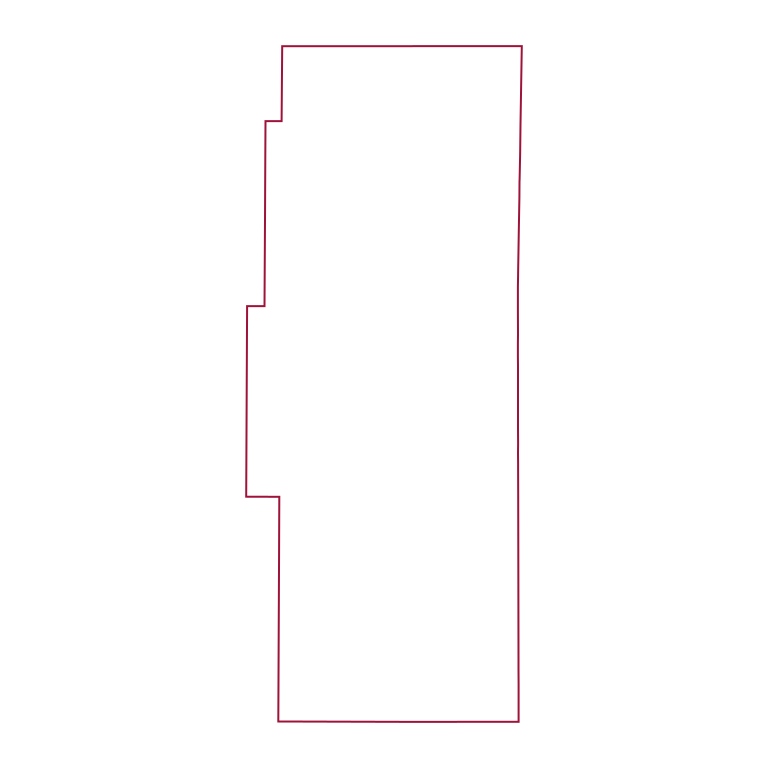 the district of Lea, New Mexico, United States of America
{"feature_id": "52423323B76999377614602", "entity_name": "Lea", "entity_type": "district", "adm_level": 2, "iso_a3": "USA", "parent_name": "United States of America", "parent_adm1": "New Mexico", "projection": "albers", "projection_center": [-103.223, 32.785], "detail": "fine", "context": "isolated", "style": "outline", "palette": "rose", "viewbox_px": 768, "rotation_deg": 0, "n_neighbors": 0, "source": "geoboundaries", "source_scale": "gbopen_adm2", "svg_char_len": 843}
<svg xmlns="http://www.w3.org/2000/svg" viewBox="0 0 768 768"><path d="M521.8,46.1L357.7,46.2L282.2,46.2L281.6,121.1L265.5,121.1L265.3,156.9L265.0,221.3L264.5,306.1L260.0,306.1L247.1,306.1L246.2,496.7L279.3,496.8L279.0,569.8L278.3,721.5L422.9,721.9L440.4,721.9L443.4,721.9L444.4,721.9L463.4,721.8L509.7,721.8L510.8,721.8L518.6,721.8L518.6,684.6L518.5,669.1L518.5,659.6L518.2,497.3L518.1,469.0L518.1,463.6L518.1,463.0L518.0,453.2L518.1,443.8L518.0,428.2L518.0,424.7L518.0,417.0L518.0,409.3L518.0,387.5L518.0,384.8L518.0,384.4L518.0,365.9L518.0,365.5L517.9,356.5L517.9,353.1L517.9,352.9L517.9,348.3L517.9,343.6L518.0,334.7L517.9,309.2L517.9,307.0L517.9,291.7L517.9,287.2L518.1,275.0L518.1,273.5L518.8,231.0L519.4,197.3L519.5,181.4L519.6,179.6L520.1,156.0L520.2,149.8L520.5,124.5L521.8,46.1Z" fill="none" stroke="#9f1239" stroke-width="2"/></svg>